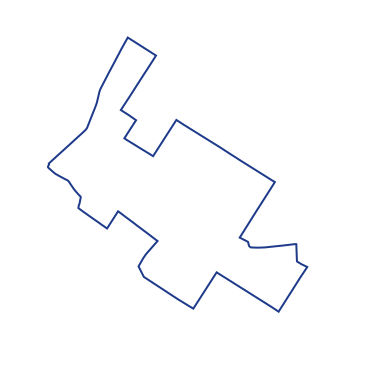 Curcani, Calarasi, Romania, rotated 121°
{"feature_id": "2599482B18753621764646", "entity_name": "Curcani", "entity_type": "district", "adm_level": 2, "iso_a3": "ROU", "parent_name": "Romania", "parent_adm1": "Calarasi", "projection": "mercator", "projection_center": [26.714, 44.275], "detail": "fine", "context": "isolated", "style": "outline", "palette": "blue", "viewbox_px": 384, "rotation_deg": 121, "n_neighbors": 0, "source": "geoboundaries", "source_scale": "gbopen_adm2", "svg_char_len": 2877}
<svg xmlns="http://www.w3.org/2000/svg" viewBox="0 0 384 384"><g transform="rotate(121 192 192)"><path d="M92.7,326.6L105.2,326.2L121.1,325.3L126.9,325.0L132.6,324.7L148.7,323.7L151.0,323.5L152.0,323.4L154.3,322.8L162.1,320.3L164.7,319.5L166.5,319.1L171.0,318.3L179.6,316.9L190.8,315.0L192.2,315.0L193.0,315.1L195.1,315.6L201.2,317.4L221.3,323.4L230.5,326.2L241.3,329.4L241.6,329.0L242.3,328.6L243.2,328.7L243.4,328.7L244.3,328.5L244.6,328.4L244.8,328.3L245.0,327.9L245.2,327.5L245.4,326.6L245.6,325.4L246.2,322.2L246.5,320.4L246.7,319.0L246.8,318.1L246.7,316.8L246.7,314.7L246.5,310.5L246.4,308.2L246.2,305.7L246.1,304.7L246.2,304.1L246.3,303.6L246.4,303.2L247.2,301.5L250.0,295.5L251.0,293.0L251.3,292.0L252.4,288.7L252.8,287.2L253.1,286.3L253.2,285.4L253.3,285.2L253.5,284.9L253.7,284.7L254.8,284.3L257.0,283.5L258.8,282.8L259.4,282.6L259.8,282.5L261.2,282.2L262.2,282.0L262.9,281.7L264.3,281.1L264.7,277.5L264.7,276.8L264.8,276.0L264.9,275.3L264.9,274.6L265.0,273.9L265.0,273.5L265.0,273.1L265.1,272.4L265.1,271.7L265.2,271.0L265.2,270.3L265.3,269.6L265.4,268.9L265.4,268.2L265.5,267.5L265.5,266.8L265.6,266.0L265.6,265.3L265.7,264.6L265.7,263.9L265.8,263.2L265.8,262.5L265.9,261.8L265.9,261.1L266.0,260.4L266.0,259.6L266.1,258.9L266.1,258.2L266.2,257.5L266.2,256.8L266.3,256.1L266.3,255.4L266.4,254.7L266.5,254.0L266.5,253.2L266.6,252.5L266.6,251.8L266.7,251.1L266.7,250.4L266.8,249.7L266.8,248.9L266.9,248.2L266.9,247.5L267.0,246.7L267.0,246.0L266.3,246.0L265.5,246.0L264.8,245.9L264.0,245.9L263.3,245.9L262.6,245.9L261.8,245.9L261.1,245.8L260.4,245.8L259.6,245.8L258.9,245.8L258.2,245.7L257.5,245.7L256.7,245.7L256.0,245.7L255.3,245.7L254.6,245.6L253.9,245.6L253.1,245.6L252.4,245.6L251.7,245.6L251.0,245.5L250.2,245.5L249.5,245.5L248.8,245.5L248.1,245.5L247.3,245.4L246.6,245.4L246.9,242.3L247.7,234.9L247.8,233.6L248.6,225.8L249.1,221.6L250.4,208.8L251.1,202.6L251.8,196.3L268.9,199.4L273.9,199.7L283.3,199.5L288.6,191.1L289.6,189.5L290.3,171.1L290.9,156.3L291.2,148.0L291.3,136.3L291.3,133.3L291.3,130.8L262.1,129.9L248.2,129.5L249.3,78.0L249.6,63.9L249.9,57.5L250.0,56.1L249.7,56.1L248.1,56.1L229.0,55.6L208.0,55.1L204.7,54.9L200.0,54.7L196.9,54.6L197.0,55.4L197.2,57.8L197.5,60.8L197.5,66.1L197.1,66.5L194.7,68.1L183.0,75.7L183.0,75.9L184.1,77.5L189.0,83.8L190.9,86.3L201.9,100.9L205.8,106.9L207.2,109.4L209.2,113.0L209.2,113.8L209.1,114.5L208.8,115.4L207.6,116.6L206.3,117.8L206.0,118.2L205.9,118.6L206.0,119.8L206.5,127.6L192.7,127.3L176.5,127.0L150.6,126.3L140.8,126.1L140.8,126.5L140.8,127.6L140.8,129.5L140.6,138.5L140.2,159.4L140.1,165.8L139.8,174.9L139.8,176.6L139.5,185.2L139.3,190.1L138.6,233.9L138.3,242.5L181.3,243.8L181.0,274.2L181.0,274.3L181.0,274.7L181.0,274.8L180.8,277.0L180.8,277.6L170.0,277.3L159.3,276.9L158.7,284.9L158.4,295.2L142.6,294.6L115.3,293.8L110.9,293.6L93.6,293.1L92.7,326.6Z" fill="none" stroke="#1e3a8a" stroke-width="2"/></g></svg>